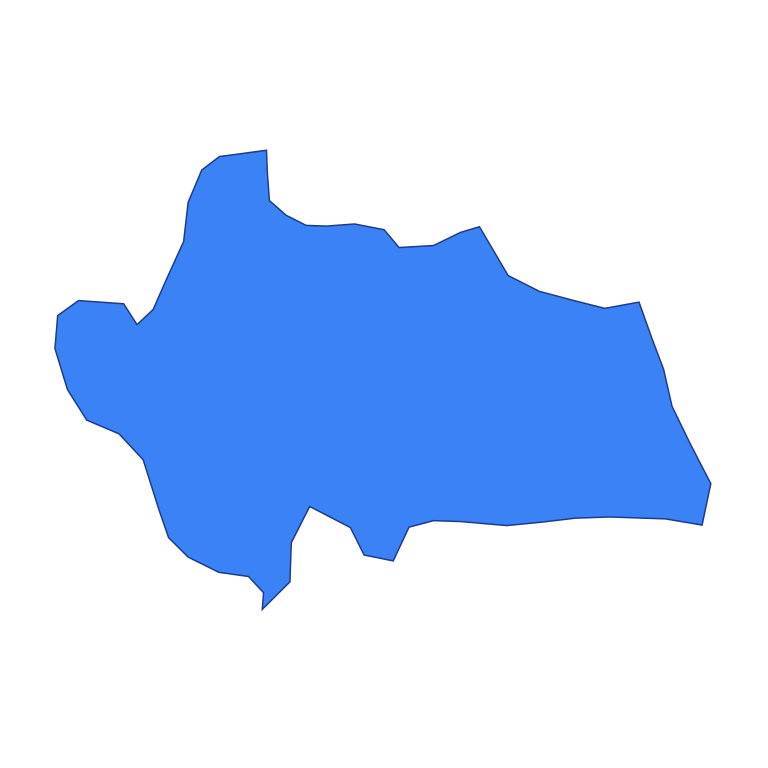 Petra tou Digeni, Cyprus, rotated 2°
{"feature_id": "46923920B30542922336508", "entity_name": "Petra tou Digeni", "entity_type": "district", "adm_level": 2, "iso_a3": "CYP", "parent_name": "Cyprus", "parent_adm1": "", "projection": "orthographic", "projection_center": [33.551, 35.238], "detail": "fine", "context": "isolated", "style": "filled", "palette": "blue", "viewbox_px": 768, "rotation_deg": 2, "n_neighbors": 0, "source": "geoboundaries", "source_scale": "gbopen_adm2", "svg_char_len": 884}
<svg xmlns="http://www.w3.org/2000/svg" viewBox="0 0 768 768"><g transform="rotate(2 384 384)"><path d="M121.0,312.9L75.8,311.3L55.5,327.0L53.9,360.0L67.9,400.7L88.2,430.5L121.0,443.1L146.0,468.2L163.2,516.8L174.1,545.1L194.4,563.9L225.6,578.0L255.3,581.1L270.9,596.8L270.2,613.5L296.9,585.0L296.9,545.8L314.0,509.0L355.4,528.6L370.1,555.6L399.4,560.5L414.0,526.2L438.4,518.8L465.2,518.8L511.6,521.2L548.2,516.3L579.9,511.4L614.1,509.0L670.2,509.0L706.8,513.9L714.1,472.2L692.1,433.0L672.6,396.2L662.9,359.5L650.6,330.1L636.0,293.3L601.9,300.7L567.7,293.3L536.0,286.0L504.3,271.3L473.9,223.5L455.2,229.8L428.6,243.9L394.3,247.1L378.7,229.8L349.0,225.1L320.9,228.2L300.6,228.2L280.3,218.8L263.1,204.7L260.0,176.5L258.4,154.5L211.6,162.4L194.4,176.5L181.9,209.4L178.8,248.6L163.2,286.3L150.7,317.6L135.1,333.3L121.0,312.9Z" fill="#3b82f6" stroke="#1e3a8a" stroke-width="1.5"/></g></svg>